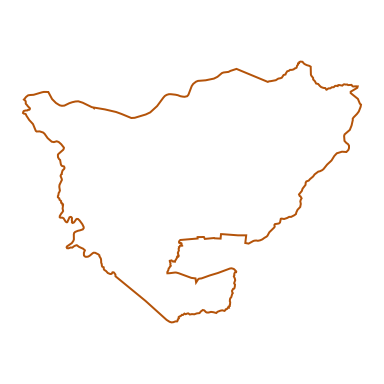 Altos Del Rosario, Bolívar, Colombia (Mercator projection)
{"feature_id": "7082276B5966279744772", "entity_name": "Altos Del Rosario", "entity_type": "district", "adm_level": 2, "iso_a3": "COL", "parent_name": "Colombia", "parent_adm1": "Bolívar", "projection": "mercator", "projection_center": [-74.186, 8.744], "detail": "fine", "context": "isolated", "style": "outline", "palette": "amber", "viewbox_px": 384, "rotation_deg": 0, "n_neighbors": 0, "source": "geoboundaries", "source_scale": "gbopen_adm2", "svg_char_len": 5866}
<svg xmlns="http://www.w3.org/2000/svg" viewBox="0 0 384 384"><path d="M216.3,313.0L217.5,311.8L220.3,310.7L222.2,310.3L224.5,310.9L225.2,310.3L225.7,309.3L226.2,309.3L227.2,308.8L227.8,307.8L228.9,307.7L228.6,306.6L229.8,306.0L229.7,305.1L230.0,304.7L230.2,302.1L229.8,301.2L230.0,299.1L230.4,298.1L231.2,297.3L232.2,294.0L232.8,293.1L232.2,292.0L232.0,290.9L233.1,288.9L233.7,288.9L234.4,288.2L234.8,286.6L235.0,284.5L234.2,283.5L234.2,283.0L235.2,280.2L234.8,278.4L233.8,276.3L234.4,275.1L234.2,274.1L234.9,272.4L235.4,272.0L236.1,272.1L236.2,271.4L234.1,269.2L233.3,268.8L231.5,268.3L230.0,268.5L217.9,273.0L209.9,275.4L201.5,278.4L199.0,278.7L198.1,279.4L196.1,282.5L195.5,278.4L191.4,277.9L178.6,273.2L176.4,272.6L175.2,272.5L169.6,273.2L167.4,273.3L167.3,272.1L168.3,270.2L168.7,268.4L169.3,267.9L169.9,266.7L170.3,266.5L170.8,265.8L170.3,264.9L170.5,263.2L169.9,261.9L169.8,260.8L171.6,260.4L172.5,261.4L173.2,261.5L173.7,261.3L174.1,261.7L175.0,261.7L175.1,260.9L176.9,258.0L176.9,257.1L177.4,256.4L178.1,256.8L178.5,256.5L178.7,255.7L177.9,253.7L178.1,253.3L177.9,252.7L178.9,250.4L178.6,248.9L179.1,247.8L178.9,247.1L179.7,246.6L180.0,245.7L180.6,245.3L181.2,245.3L181.9,245.8L182.1,245.7L181.7,245.1L181.5,243.4L180.9,243.0L179.6,243.0L179.1,242.7L179.0,241.9L179.3,241.1L180.3,240.0L197.6,238.5L197.6,237.1L203.9,237.0L204.8,238.9L214.2,238.0L214.5,238.3L220.6,238.6L221.0,234.1L221.5,234.1L237.6,235.3L246.2,235.3L245.3,243.0L248.6,243.6L253.1,241.1L254.2,240.7L256.2,240.5L257.9,240.8L260.2,240.3L262.3,239.4L264.5,237.8L266.6,236.6L267.5,235.7L269.3,232.3L274.2,227.5L274.7,226.7L274.4,225.0L275.0,224.1L278.8,223.5L280.0,222.5L280.8,218.8L281.6,218.6L284.1,219.0L287.1,218.0L289.1,216.9L291.1,216.9L294.2,215.3L295.9,214.1L296.4,212.2L297.6,209.7L300.2,207.0L300.8,203.9L300.3,201.3L300.8,199.7L301.6,198.3L300.5,196.4L299.7,196.0L299.0,194.4L301.8,191.0L302.6,188.6L305.5,184.9L305.7,182.6L306.4,181.4L308.7,180.6L310.0,179.1L313.1,176.5L314.6,174.4L318.3,171.6L319.8,171.3L322.1,170.2L323.5,169.1L327.1,164.6L331.5,160.5L334.3,156.0L336.8,153.3L342.0,151.7L346.4,152.0L348.4,149.9L349.0,148.1L349.0,145.7L348.1,144.2L346.2,142.8L344.5,140.9L344.1,136.0L344.6,134.4L349.8,129.9L351.6,125.4L352.8,120.0L352.7,118.8L353.5,117.5L357.0,113.9L358.8,111.5L360.6,106.9L361.0,104.6L359.9,103.7L357.9,98.9L350.7,93.1L350.7,91.7L357.3,87.8L357.7,86.4L355.5,86.3L353.4,86.5L352.6,86.3L351.5,84.9L348.1,85.1L347.2,84.5L345.9,84.6L344.1,84.3L343.4,84.6L342.3,85.6L338.9,85.0L338.0,85.3L337.7,86.1L336.2,85.8L335.1,85.9L333.7,87.2L331.7,87.3L330.4,88.3L328.4,88.4L326.8,89.6L326.4,89.7L325.3,88.1L323.4,87.9L321.2,87.1L319.8,85.9L318.2,84.0L316.1,83.5L314.9,81.2L313.2,79.5L313.1,77.9L311.2,75.5L310.9,74.5L310.7,66.7L309.4,65.9L306.7,65.1L304.5,64.0L303.6,63.2L302.5,61.8L300.4,61.6L299.3,62.1L299.1,63.1L298.4,63.1L298.0,63.4L298.0,64.7L297.1,65.6L296.6,67.6L295.5,68.3L294.8,68.4L293.6,69.4L291.7,69.9L290.0,69.9L288.9,70.8L287.2,71.3L285.8,73.5L285.5,74.5L283.6,75.0L281.8,77.7L280.5,78.2L278.3,78.6L275.8,80.2L270.5,81.2L269.1,81.3L267.8,81.9L236.5,68.9L230.4,70.9L228.5,71.9L223.5,72.5L221.9,73.1L217.5,76.8L213.9,78.6L205.6,80.3L198.0,80.9L196.0,81.7L193.2,83.9L191.7,86.1L188.4,94.8L187.2,96.2L184.6,96.8L182.6,96.6L180.4,96.2L177.8,95.2L175.4,94.7L170.9,94.2L168.9,94.2L166.6,94.9L164.8,96.0L163.3,97.7L157.1,106.1L150.2,112.4L145.7,114.5L134.7,117.8L131.3,118.0L121.6,114.0L116.1,112.0L104.9,109.4L94.2,107.6L94.0,108.2L93.1,107.4L91.7,107.1L82.7,102.7L78.3,101.3L75.4,101.5L72.3,102.2L69.3,103.2L64.4,105.6L61.9,105.8L59.7,105.3L56.0,103.0L52.1,99.1L48.3,92.0L44.0,91.9L42.0,92.3L33.6,94.8L30.3,95.0L28.2,95.3L26.2,96.8L23.9,99.6L25.3,100.6L25.8,101.9L25.7,103.4L25.9,103.9L27.3,105.4L27.6,106.0L29.9,108.3L29.9,108.9L29.4,109.7L27.9,109.9L27.5,110.4L25.6,110.5L24.0,110.9L23.4,111.5L23.0,113.0L23.8,113.6L25.3,113.9L25.9,114.3L26.3,115.5L29.3,120.1L33.0,124.1L35.8,130.9L36.6,131.5L39.7,131.4L43.1,132.5L44.5,133.7L47.7,138.2L51.7,141.7L53.9,142.1L56.7,141.3L58.7,142.0L61.2,144.2L63.9,147.6L63.8,148.6L63.2,149.8L58.6,153.8L58.0,154.5L57.9,155.0L58.0,157.2L59.0,159.0L60.1,160.0L60.8,164.0L61.3,165.3L62.1,166.0L63.9,166.4L64.4,167.3L64.5,168.0L64.1,169.0L62.6,170.4L61.8,173.0L61.8,174.1L61.3,174.3L60.7,175.4L60.6,176.1L61.7,178.8L61.9,179.9L59.5,184.9L59.3,186.9L59.9,190.6L59.3,192.1L58.7,193.0L58.3,195.4L57.9,196.0L57.9,197.3L59.3,198.4L59.5,199.7L61.1,201.1L61.1,202.7L61.6,203.3L62.2,203.3L62.5,204.0L62.5,204.5L63.0,204.4L63.1,204.7L62.6,208.5L63.1,211.0L62.1,212.7L61.4,213.3L59.8,216.0L59.7,217.2L60.3,217.7L62.4,217.7L63.6,218.3L65.7,221.7L66.9,222.3L67.3,222.1L69.5,217.3L70.5,216.9L71.3,217.1L72.0,218.1L71.8,220.2L72.1,221.4L71.9,222.2L72.4,222.9L72.7,223.0L74.0,222.4L76.2,219.3L76.9,218.9L78.0,219.0L79.6,220.5L82.4,224.3L83.7,227.1L83.7,228.1L82.8,229.4L80.1,230.3L77.9,230.8L75.2,231.9L74.1,233.0L73.8,234.5L73.9,239.4L73.3,241.0L71.8,243.1L67.0,246.4L66.6,247.2L67.1,248.2L68.5,248.3L70.6,247.5L72.3,247.6L73.8,246.4L75.3,245.6L76.8,245.2L79.1,246.9L83.1,248.7L84.9,250.3L83.9,252.7L83.9,254.7L84.0,255.5L84.7,256.3L85.6,256.8L87.0,256.8L88.4,256.5L90.0,255.5L92.7,253.2L93.7,252.7L95.2,252.8L98.4,254.4L99.4,255.3L99.4,256.2L100.8,258.5L101.1,260.0L101.2,262.8L101.7,263.9L101.9,265.8L102.3,266.7L103.7,267.3L103.8,269.0L104.2,269.8L106.1,271.1L107.8,273.0L110.2,274.0L111.3,273.9L111.8,273.6L112.5,272.3L113.4,272.3L113.9,272.5L115.4,274.5L115.5,276.3L145.5,300.9L166.6,319.9L169.6,321.8L171.5,322.4L173.3,322.2L175.4,321.4L177.1,321.4L177.7,320.5L177.8,319.4L178.9,318.4L178.6,317.5L178.7,317.0L179.6,316.4L180.5,316.2L182.0,314.8L182.6,315.0L183.1,314.9L184.4,313.6L185.7,314.2L187.4,313.5L188.3,313.4L189.8,314.5L192.0,314.1L194.3,314.3L196.8,313.4L199.5,313.1L200.8,311.5L202.8,310.0L204.3,310.4L205.8,312.0L206.8,312.5L208.7,312.5L211.0,311.9L213.3,312.2L216.3,313.0Z" fill="none" stroke="#b45309" stroke-width="2"/></svg>